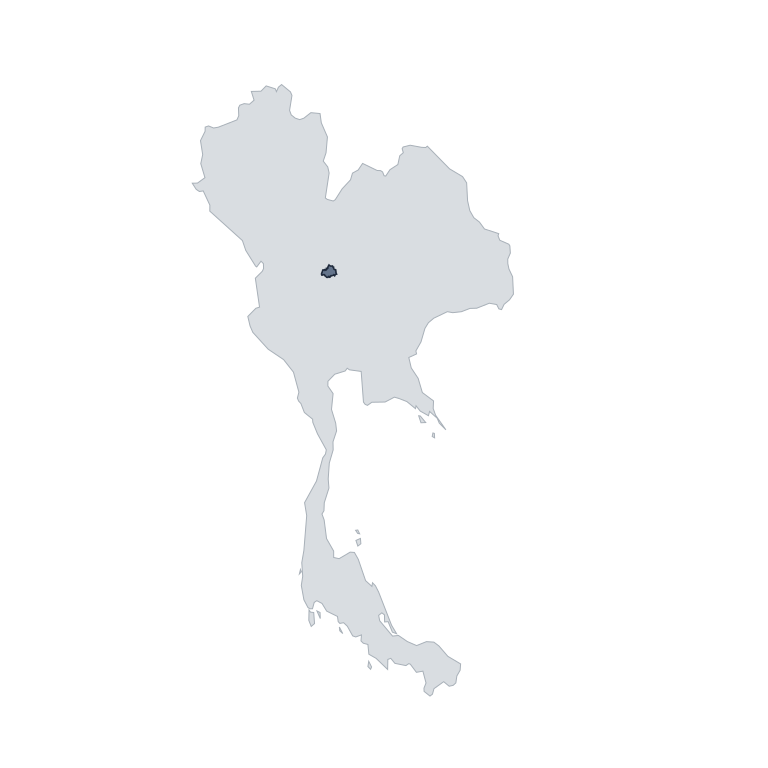 location of Nong Bua, Nakhon Sawan, Thailand, rotated 349°
{"feature_id": "78962969B24099106411844", "entity_name": "Nong Bua", "entity_type": "district", "adm_level": 2, "iso_a3": "THA", "parent_name": "Thailand", "parent_adm1": "Nakhon Sawan", "projection": "natural_earth1", "projection_center": [100.631, 15.883], "detail": "fine", "context": "in_parent", "style": "filled", "palette": "slate", "viewbox_px": 768, "rotation_deg": 349, "n_neighbors": 0, "source": "geoboundaries", "source_scale": "gbopen_adm2", "svg_char_len": 6162}
<svg xmlns="http://www.w3.org/2000/svg" viewBox="0 0 768 768"><g transform="rotate(349 384 384)"><path d="M333.6,73.5L334.2,76.5L337.0,72.5L340.6,70.5L347.9,79.4L348.7,83.2L343.5,97.4L344.3,102.2L347.6,106.1L351.7,108.4L356.0,107.8L364.0,103.7L372.8,106.3L372.3,115.7L375.6,130.7L371.2,146.0L366.9,153.6L370.2,160.2L370.4,166.4L361.9,190.2L363.6,192.0L369.1,194.7L371.3,193.8L380.2,184.4L390.1,177.2L393.3,171.0L399.5,169.0L405.1,163.4L418.0,173.1L421.4,173.9L423.1,175.6L423.8,179.6L425.4,180.2L430.7,174.8L439.5,171.2L443.0,163.0L447.1,160.6L446.7,156.5L448.0,155.0L455.2,154.6L466.2,158.9L470.1,159.8L471.9,158.8L489.4,185.3L500.7,195.4L503.5,202.3L501.0,220.1L501.3,230.2L503.9,237.9L508.6,243.3L512.2,251.0L525.3,258.3L524.2,260.3L525.1,265.0L533.2,270.6L533.9,272.4L533.0,279.6L529.3,285.0L528.5,289.5L528.6,295.0L530.7,303.3L528.2,320.5L523.3,325.3L517.1,328.7L513.6,333.4L511.1,332.2L509.8,327.5L502.8,324.8L489.5,327.3L482.8,326.2L473.8,327.8L465.1,327.1L460.0,325.1L445.4,328.9L439.3,332.3L434.8,337.2L428.3,349.8L421.6,357.6L421.7,360.7L413.4,362.7L413.8,373.4L418.6,385.0L420.0,399.7L429.4,410.1L427.6,417.4L428.7,424.5L436.0,440.8L430.8,433.0L429.7,427.8L423.5,419.6L421.6,423.6L414.4,417.5L411.3,411.5L410.2,414.2L403.1,405.6L395.8,401.0L391.7,398.9L381.6,401.9L368.6,399.6L363.7,401.8L361.6,400.4L360.4,397.8L364.0,367.3L352.8,363.5L350.9,361.5L348.4,363.8L337.5,365.0L329.5,370.6L328.5,375.3L332.2,383.7L327.6,398.9L329.1,413.2L328.5,421.0L322.9,431.0L321.5,439.0L315.2,451.2L311.1,466.6L310.1,475.6L302.7,489.2L300.9,496.9L298.3,499.8L299.3,506.0L298.1,524.8L302.7,538.4L301.5,544.7L306.6,546.9L318.7,542.6L322.8,543.7L325.3,551.2L328.4,573.5L333.5,580.4L334.8,576.9L337.1,580.5L339.0,587.1L345.4,622.3L348.7,631.5L344.9,629.2L342.7,618.1L339.2,617.7L340.4,610.7L338.2,608.2L334.6,610.1L334.6,615.6L344.3,633.1L350.2,633.6L357.8,641.3L366.1,647.0L376.5,645.0L383.7,646.9L387.9,651.6L394.7,663.5L405.8,673.4L404.1,679.5L399.8,684.5L397.5,691.1L394.4,693.0L390.3,693.1L385.8,687.6L374.9,692.6L372.4,697.7L369.6,699.1L364.7,693.4L365.2,690.2L368.2,685.5L367.4,673.3L360.8,673.2L356.4,664.1L355.0,663.2L351.8,664.6L341.4,660.3L338.3,654.6L335.2,655.1L333.1,664.9L323.9,651.8L317.6,646.4L318.5,636.6L314.2,634.5L312.4,631.8L314.0,626.0L308.0,626.9L305.2,625.3L301.8,614.8L298.8,610.6L295.0,610.6L293.7,608.5L294.0,603.3L284.4,596.0L281.3,587.6L276.7,583.9L273.8,585.1L270.9,591.0L268.7,590.6L266.7,588.9L264.2,580.6L264.4,565.9L267.5,557.3L269.2,543.7L273.6,532.1L283.0,498.5L283.4,485.3L299.2,466.4L309.8,444.8L313.2,441.6L314.8,437.6L309.2,420.2L306.8,408.1L307.2,404.9L300.4,396.8L298.7,387.3L296.9,384.4L296.3,381.3L298.9,375.8L297.4,355.1L290.1,340.9L276.9,327.7L265.1,308.3L263.6,301.5L263.2,291.7L272.7,285.2L276.5,284.8L277.9,255.6L286.1,250.1L287.8,247.7L288.6,242.8L286.7,240.0L281.4,244.8L280.4,243.7L273.8,226.5L272.4,216.2L246.0,181.1L247.2,175.2L243.4,160.0L239.5,159.8L236.8,157.1L234.1,150.3L239.2,151.2L247.6,147.3L246.2,132.7L249.8,124.2L250.3,110.1L256.6,101.8L257.5,97.7L261.0,97.2L265.6,100.2L270.3,100.3L290.0,96.7L292.6,93.0L293.8,85.2L295.7,82.8L300.2,82.1L305.3,83.7L310.6,80.6L309.6,71.5L319.1,73.1L325.2,68.9L333.6,73.5ZM271.4,594.9L270.1,605.9L266.3,608.1L265.1,601.7L267.3,591.5L268.3,593.9L271.4,594.9ZM331.4,531.1L330.8,536.4L327.4,538.1L326.6,532.2L331.4,531.1ZM413.5,422.3L417.6,429.8L412.9,429.1L412.0,421.8L413.5,422.3ZM316.4,661.5L314.3,658.3L316.1,653.3L317.8,659.4L316.4,661.5ZM277.6,596.1L276.7,602.1L274.9,594.0L277.6,596.1ZM331.5,526.4L329.7,525.7L328.2,522.2L330.4,522.3L331.5,526.4ZM293.8,614.0L295.9,621.1L293.5,617.8L293.8,614.0ZM424.0,442.1L423.4,446.5L421.3,444.7L422.7,441.4L424.0,442.1ZM267.0,552.6L264.7,554.3L266.6,550.1L267.0,552.6Z" fill="#d9dde1" stroke="#a8b0b8" stroke-width="1"/><path d="M345.7,260.4L345.7,260.7L345.7,260.9L345.4,261.0L345.1,261.5L344.9,261.6L344.8,262.2L344.6,262.6L344.1,263.0L344.0,263.4L343.9,263.4L343.8,263.5L343.8,264.2L343.8,264.3L343.6,264.4L343.6,264.7L343.7,265.3L344.0,265.4L344.2,265.2L344.3,265.3L344.5,265.2L344.8,265.1L345.0,265.0L345.4,265.1L346.0,265.2L345.9,265.5L346.1,265.6L346.3,265.6L346.6,265.7L346.6,266.1L346.6,266.5L347.0,266.9L347.3,266.9L347.5,267.4L347.7,267.7L347.8,267.9L347.9,268.1L348.0,268.2L348.0,268.3L348.3,268.5L348.6,268.6L348.8,268.5L349.0,268.4L349.3,268.4L349.4,268.5L349.5,268.4L349.6,268.2L349.9,268.1L350.1,268.2L350.3,268.1L350.5,268.1L350.4,268.2L350.4,268.3L350.4,268.5L350.4,268.4L350.5,268.5L350.7,268.8L350.8,268.8L351.0,268.9L351.3,268.9L351.5,268.8L351.5,268.7L351.7,268.4L351.8,268.3L352.2,267.9L352.3,267.7L352.5,267.5L352.8,267.6L353.0,267.7L353.1,267.8L353.2,267.7L353.3,267.8L353.5,267.7L353.8,267.7L354.0,267.7L354.4,267.6L354.5,267.7L354.8,267.6L355.0,267.6L355.3,267.7L355.5,267.7L355.8,267.8L355.8,267.7L355.9,267.8L355.9,267.7L356.0,267.8L356.2,267.7L356.2,267.8L356.3,267.7L356.4,267.8L356.5,267.7L356.6,267.8L356.7,267.7L356.9,267.7L357.0,267.5L357.1,267.4L357.3,267.2L357.5,267.1L357.8,267.1L358.0,267.2L358.5,267.1L358.3,266.7L358.2,266.0L358.1,265.7L358.0,265.2L358.1,264.8L358.3,264.8L358.3,264.7L358.3,264.4L358.3,264.2L358.4,263.9L358.4,263.7L358.2,263.4L358.4,262.7L358.0,262.5L357.9,262.4L357.4,262.3L357.4,262.2L357.2,262.2L356.9,261.9L356.7,261.6L356.7,261.1L356.8,260.8L356.8,260.7L356.8,260.4L356.7,260.5L356.4,260.2L356.4,259.9L356.2,259.6L356.2,259.4L356.2,259.2L356.0,258.9L356.1,258.6L355.9,258.4L355.8,258.2L355.5,258.2L355.1,258.3L354.7,258.2L354.0,258.1L353.8,257.8L353.1,257.2L352.9,257.0L352.7,256.6L352.3,257.0L352.2,257.2L352.1,257.4L352.1,257.5L351.8,257.6L351.7,257.7L351.7,257.8L351.7,258.0L351.4,258.4L351.4,258.5L351.2,258.5L351.0,258.8L350.9,258.9L350.8,259.1L350.7,259.1L350.4,259.3L350.3,259.5L350.2,259.5L350.3,259.6L350.2,259.6L350.2,259.8L350.1,260.0L350.0,259.9L350.1,260.0L349.9,260.2L349.7,260.1L349.4,260.2L349.3,260.3L349.2,260.6L348.9,260.7L348.9,260.8L348.8,261.0L348.7,260.9L348.7,261.0L348.7,260.9L348.5,261.0L348.4,261.0L348.2,261.1L347.9,261.2L347.9,260.9L347.9,260.7L348.1,260.7L348.0,260.4L347.9,260.4L347.7,260.4L346.9,260.4L346.8,260.5L346.7,260.6L346.4,260.6L346.1,260.5L345.8,260.4L345.7,260.4Z" fill="#64748b" stroke="#1e293b" stroke-width="1.5"/></g></svg>